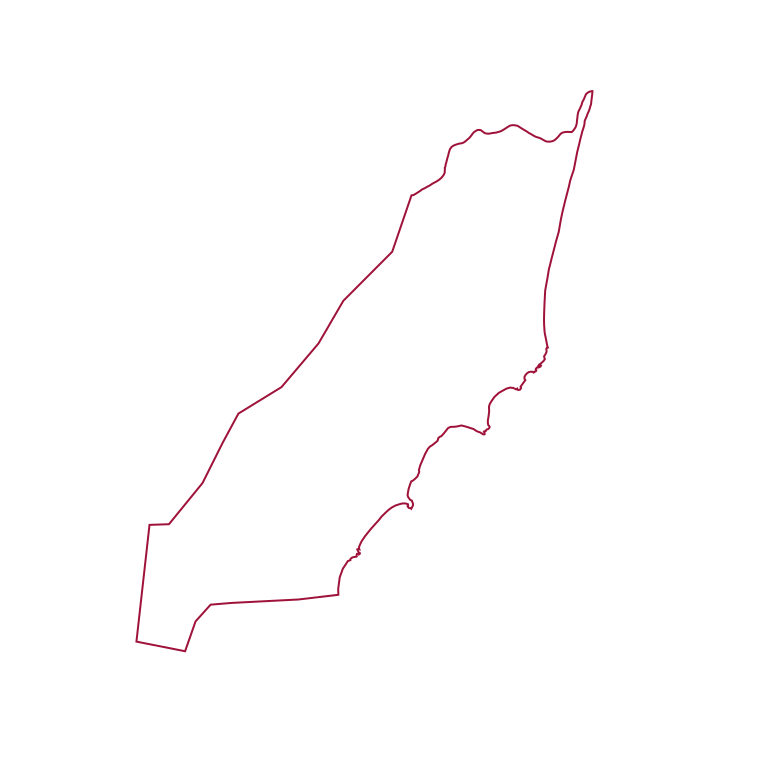 outline of Municipality E, Montevideo, Uruguay, rotated 312°
{"feature_id": "84410073B72296027070885", "entity_name": "Municipality E", "entity_type": "district", "adm_level": 2, "iso_a3": "URY", "parent_name": "Uruguay", "parent_adm1": "Montevideo", "projection": "robinson", "projection_center": [-56.066, -34.884], "detail": "fine", "context": "isolated", "style": "outline", "palette": "rose", "viewbox_px": 768, "rotation_deg": 312, "n_neighbors": 0, "source": "geoboundaries", "source_scale": "gbopen_adm2", "svg_char_len": 5538}
<svg xmlns="http://www.w3.org/2000/svg" viewBox="0 0 768 768"><g transform="rotate(312 384 384)"><path d="M542.6,278.2L487.8,301.6L418.7,298.1L394.6,303.1L389.1,304.3L370.2,308.2L313.1,309.9L264.6,295.6L232.1,303.5L189.0,315.4L135.9,318.0L122.4,304.0L26.9,372.4L34.0,384.3L52.3,415.0L81.5,402.8L104.0,402.8L119.4,417.3L166.6,464.6L196.8,491.1L197.6,490.4L200.8,487.3L205.4,484.1L210.8,480.4L215.3,478.6L219.2,477.0L223.9,476.3L228.3,475.6L229.1,476.1L230.6,476.9L231.2,476.4L231.8,476.1L233.5,476.4L234.7,477.0L236.1,478.1L237.3,479.1L237.7,479.1L238.5,478.1L239.7,477.6L240.5,478.2L241.1,478.8L240.7,479.4L241.8,479.6L242.2,479.0L241.7,478.1L242.2,477.3L243.2,474.8L244.0,475.2L244.7,475.5L244.8,476.1L245.9,474.6L249.0,473.5L252.5,472.5L257.2,471.9L257.5,471.8L262.2,471.5L268.2,471.2L274.2,471.2L279.4,471.2L284.0,470.9L290.0,471.3L294.0,471.7L297.7,472.5L301.5,473.9L304.3,475.5L305.8,476.4L307.4,477.5L309.4,479.6L310.7,482.2L309.9,483.3L309.0,483.2L308.5,485.1L308.7,485.8L309.1,486.3L309.8,487.0L309.6,487.7L310.6,487.5L311.8,487.1L312.9,486.9L313.8,486.3L314.2,485.8L315.1,484.6L315.3,483.7L316.0,482.7L315.4,481.2L315.7,479.6L316.1,477.7L317.0,476.1L318.7,474.8L320.7,473.6L322.5,472.5L326.8,470.6L328.5,469.9L329.9,469.4L331.5,470.1L334.0,470.5L337.7,470.7L341.2,469.4L342.3,469.0L343.3,467.6L347.4,465.5L354.1,463.2L359.7,461.3L364.9,460.1L365.1,460.0L368.1,460.0L371.0,460.8L374.8,461.4L377.4,461.8L378.9,461.3L379.9,460.6L381.7,460.7L383.7,461.5L387.5,461.5L392.5,461.2L394.1,461.1L396.6,462.1L397.9,463.4L399.2,464.9L399.5,465.1L401.1,466.5L405.0,469.3L406.5,472.1L407.8,474.8L409.1,477.7L410.4,480.6L411.0,484.6L412.4,488.0L412.8,490.9L413.2,491.8L413.9,492.4L414.3,492.2L414.9,491.5L415.4,491.0L415.3,490.2L415.8,490.1L416.4,490.5L417.3,491.1L418.0,490.8L419.0,490.8L420.0,491.5L421.2,491.7L422.3,491.5L422.9,491.1L423.2,490.0L423.1,489.2L424.5,487.3L425.6,486.3L426.5,485.5L430.3,483.1L434.1,480.4L435.3,479.2L437.4,477.2L439.9,476.0L443.4,475.3L448.5,474.7L454.3,475.3L458.8,476.8L462.5,478.1L465.7,480.1L467.5,482.6L468.2,484.9L468.4,485.7L469.4,486.0L469.7,486.1L469.3,486.7L469.2,487.3L469.3,487.7L469.8,488.2L470.2,488.4L470.7,488.8L471.3,488.9L471.6,488.8L472.1,488.7L472.8,488.5L473.1,488.0L473.1,487.6L473.4,487.3L481.5,486.4L481.9,484.8L483.4,483.6L485.2,483.2L485.5,483.1L487.5,483.1L489.6,483.6L491.3,484.8L492.7,486.5L492.6,487.5L493.3,487.8L494.1,487.7L494.8,488.3L496.2,488.0L496.2,487.2L497.1,486.6L499.7,486.8L499.5,487.6L500.3,488.1L501.1,488.4L501.2,487.7L500.3,486.8L500.5,486.6L501.8,486.4L502.2,486.4L502.1,488.4L502.7,488.4L502.9,487.0L503.4,486.7L504.8,486.9L507.8,487.2L510.1,486.9L511.3,484.9L511.8,484.4L512.6,484.3L513.6,484.2L516.4,483.4L517.8,482.3L518.4,481.3L519.9,480.8L520.7,481.4L521.4,480.1L523.1,477.8L525.4,474.8L527.3,472.2L528.7,470.3L530.6,468.0L532.9,465.7L535.2,463.3L538.4,460.3L542.3,456.9L547.5,452.5L552.7,448.2L561.4,441.2L572.7,434.2L580.0,429.5L582.1,428.5L588.6,425.0L596.5,420.9L604.7,416.6L613.9,412.1L624.7,405.3L631.3,401.5L641.1,396.2L648.6,392.3L654.4,389.3L659.7,386.3L664.6,384.1L670.2,381.7L677.8,377.1L685.6,372.4L692.2,368.9L698.7,365.3L701.3,364.0L704.1,362.5L707.3,361.1L710.2,359.7L711.9,358.6L713.8,357.1L715.6,356.5L718.6,355.5L721.5,354.3L724.3,353.5L726.5,352.5L728.6,351.4L730.6,350.6L731.7,349.7L732.7,349.0L737.9,345.4L740.4,343.5L741.1,342.9L740.6,342.4L739.0,341.3L737.1,340.5L734.6,340.2L732.7,340.8L729.6,341.9L726.1,342.8L723.5,344.1L719.5,345.4L717.1,346.0L715.3,346.8L713.2,348.1L711.2,349.6L709.1,351.0L707.3,352.4L706.0,353.2L704.5,354.0L703.1,354.5L701.5,354.8L700.0,355.0L698.4,355.1L696.8,354.9L696.0,353.9L694.9,352.6L693.9,351.4L693.0,350.5L691.9,349.6L690.8,348.8L689.5,348.2L688.3,347.9L687.3,347.9L686.1,347.9L685.0,348.0L683.4,348.0L682.0,347.9L679.9,347.7L678.5,347.3L677.2,346.7L676.1,345.9L674.9,344.9L673.5,343.3L672.7,342.0L672.1,339.6L671.5,336.9L671.0,335.1L670.3,333.6L669.5,332.0L668.8,329.7L668.1,326.1L667.5,323.7L667.2,321.2L666.8,319.2L666.3,316.7L665.6,312.7L665.4,311.1L664.8,309.7L663.9,308.3L663.0,307.0L662.0,306.0L661.0,305.2L659.8,304.6L658.5,304.2L657.2,303.8L654.5,303.1L652.1,302.4L650.5,301.9L649.0,301.1L647.8,300.3L646.3,299.4L645.3,298.6L642.4,296.1L641.2,295.3L640.5,294.6L639.7,294.0L639.1,293.1L638.6,292.3L638.1,291.5L637.8,290.6L637.8,289.7L637.7,288.9L637.5,287.7L637.5,286.6L637.2,285.6L636.2,284.4L635.2,283.5L634.0,283.0L633.2,282.8L632.3,282.6L631.1,282.3L630.1,282.3L629.3,282.4L628.4,282.4L627.2,282.7L626.5,282.6L625.6,282.7L624.5,282.7L623.5,282.7L622.1,282.5L620.7,282.3L619.5,282.2L618.4,282.0L617.3,281.8L616.5,281.5L615.7,281.1L614.7,280.5L613.8,279.8L613.0,279.0L612.6,278.8L611.9,278.4L611.1,277.9L609.9,277.2L608.7,276.6L607.5,276.1L606.4,275.8L605.4,275.6L604.2,275.7L603.0,275.8L601.9,276.2L601.0,276.6L600.1,277.0L598.9,277.6L597.8,278.2L596.6,278.9L595.5,279.4L594.3,279.9L592.7,280.8L591.1,281.6L590.1,282.2L589.1,282.6L588.4,282.9L587.9,283.3L586.8,284.1L586.3,284.2L585.2,284.6L584.5,285.5L583.5,286.1L582.8,286.8L582.1,287.3L581.4,287.8L580.5,288.1L579.5,288.4L578.7,288.5L577.8,288.6L576.8,288.6L575.5,288.7L574.3,288.5L573.3,288.4L572.1,288.1L571.0,287.9L569.7,287.5L568.5,287.1L567.2,286.6L566.0,286.2L564.9,285.8L563.9,285.6L562.7,285.3L561.7,285.0L560.7,284.6L559.7,284.2L558.5,283.8L557.4,283.5L556.4,283.1L555.4,282.7L554.8,282.4L554.1,282.1L553.1,282.0L552.4,281.8L551.5,281.6L550.6,281.4L549.8,281.1L548.8,280.9L547.8,280.6L546.7,280.3L545.9,280.1L545.2,279.8L544.4,279.6L543.6,279.1L543.3,278.8L542.6,278.2Z" fill="none" stroke="#9f1239" stroke-width="2"/></g></svg>